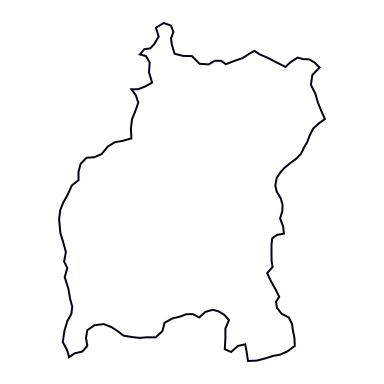 outline of Reduto, Minas Gerais, Brazil
{"feature_id": "56859067B4238114789990", "entity_name": "Reduto", "entity_type": "district", "adm_level": 2, "iso_a3": "BRA", "parent_name": "Brazil", "parent_adm1": "Minas Gerais", "projection": "albers", "projection_center": [-41.937, -20.233], "detail": "fine", "context": "isolated", "style": "outline", "palette": "ink", "viewbox_px": 384, "rotation_deg": 0, "n_neighbors": 0, "source": "geoboundaries", "source_scale": "gbopen_adm2", "svg_char_len": 1958}
<svg xmlns="http://www.w3.org/2000/svg" viewBox="0 0 384 384"><path d="M297.6,57.6L290.5,62.2L285.5,66.9L276.7,62.5L267.3,57.6L259.7,54.4L254.4,50.8L249.3,53.8L242.5,58.1L233.7,61.2L225.8,64.2L221.1,60.8L214.8,60.8L208.6,64.4L199.6,63.8L192.0,56.1L183.2,55.9L174.6,53.8L171.8,44.5L171.0,38.4L173.4,32.0L171.0,25.6L163.7,23.0L155.9,27.7L158.7,36.5L154.3,44.1L150.2,48.4L144.3,49.2L139.9,54.4L145.9,56.1L149.7,62.5L149.0,72.3L152.1,82.6L144.9,86.6L138.3,89.2L131.4,89.3L135.8,95.2L138.3,102.6L135.3,111.2L132.0,119.3L130.9,128.7L131.4,138.4L122.1,141.0L115.1,142.1L107.9,146.4L101.6,154.1L94.3,157.2L86.5,157.8L80.7,163.7L78.5,171.8L78.5,180.2L71.9,185.4L67.5,195.0L63.1,202.9L60.3,209.9L59.1,219.2L59.7,225.6L60.3,232.7L63.3,242.6L65.9,252.0L64.1,261.4L67.3,268.1L64.7,277.1L68.4,288.8L70.1,298.9L72.3,306.8L71.3,314.1L67.3,321.1L64.5,330.5L62.8,342.0L67.2,350.3L69.1,357.2L74.7,353.3L82.2,351.6L87.3,345.9L86.0,337.9L87.3,330.2L94.5,325.2L103.8,324.1L111.7,327.2L118.6,331.8L123.3,335.6L132.4,337.1L139.6,337.9L146.4,337.3L155.8,337.3L162.4,331.1L164.6,322.8L172.2,318.5L180.0,316.6L186.4,314.2L192.8,314.1L199.2,317.5L205.4,311.9L212.6,309.8L218.2,311.2L224.2,314.7L229.0,320.1L225.4,328.5L225.4,338.3L224.8,349.2L231.1,352.0L237.8,346.0L245.2,344.3L246.6,351.6L248.0,361.0L256.8,360.6L266.0,358.2L273.2,355.9L280.3,354.6L287.6,351.3L294.8,345.9L294.4,337.5L292.9,330.5L292.0,323.9L288.8,317.5L281.6,313.8L277.0,307.8L276.0,301.8L279.2,296.8L275.7,289.7L270.9,281.1L267.2,273.1L272.6,266.9L271.6,261.0L271.5,254.3L271.5,244.7L272.2,238.3L277.0,234.9L283.9,233.6L283.1,226.3L280.1,218.5L282.3,211.2L282.6,205.0L280.7,198.2L276.7,191.6L275.3,185.4L276.7,177.9L280.3,172.5L284.2,168.1L290.1,163.2L296.3,158.7L301.1,153.7L303.9,147.7L307.1,142.3L309.9,135.0L313.3,128.4L319.0,123.3L324.9,119.0L321.2,110.6L318.0,102.9L315.3,93.6L310.9,84.7L312.4,74.9L319.6,67.5L314.3,62.3L309.0,59.3L303.1,59.1L297.6,57.6Z" fill="none" stroke="#020617" stroke-width="2"/></svg>